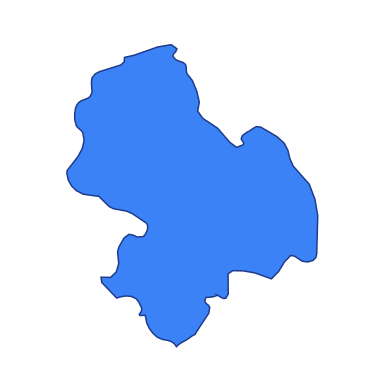 the border of Haute-Savoie, rotated 79°
{"feature_id": "FRA-5302", "entity_name": "Haute-Savoie", "entity_type": "Metropolitan department", "adm_level": 1, "iso_a3": "FRA", "parent_name": "France", "parent_adm1": "", "projection": "robinson", "projection_center": [6.477, 46.07], "detail": "fine", "context": "isolated", "style": "filled", "palette": "blue", "viewbox_px": 384, "rotation_deg": 79, "n_neighbors": 0, "source": "natural_earth", "source_scale": "10m", "svg_char_len": 2055}
<svg xmlns="http://www.w3.org/2000/svg" viewBox="0 0 384 384"><g transform="rotate(79 192 192)"><path d="M340.9,236.8L337.4,238.3L334.7,241.1L332.7,244.8L331.2,249.0L327.8,253.9L322.8,257.6L317.2,260.1L311.9,261.4L305.7,261.4L304.0,261.6L303.8,263.2L303.6,265.3L303.3,266.7L301.8,267.1L300.3,265.1L298.7,264.2L296.5,263.5L289.8,265.3L285.9,267.3L282.8,271.8L281.4,276.9L281.3,282.4L281.7,286.2L263.7,297.8L258.3,297.6L260.3,288.2L255.9,281.5L248.3,277.6L236.6,276.5L232.0,274.2L224.2,267.5L221.5,262.0L223.0,258.2L225.7,254.4L226.5,249.1L225.9,247.5L224.7,246.0L222.0,243.9L219.5,242.5L216.7,242.0L214.1,242.5L201.8,254.8L198.4,259.7L193.3,272.5L190.3,276.2L178.2,284.5L177.9,286.3L173.4,299.2L168.8,305.1L163.0,309.1L156.6,311.2L149.9,311.3L147.0,310.4L135.3,297.0L128.3,291.4L120.6,288.0L112.7,287.9L110.7,288.9L106.9,291.9L104.9,292.9L98.8,293.3L92.9,292.3L87.3,290.2L84.7,288.5L82.6,286.2L81.3,283.2L80.2,276.9L79.0,274.0L75.2,271.1L65.5,269.9L61.0,268.4L57.6,264.5L56.2,259.8L53.7,237.6L51.3,233.7L47.0,232.6L46.7,222.8L43.1,198.2L43.4,184.3L48.5,179.5L51.3,181.3L52.9,183.7L54.9,184.9L58.5,183.1L60.2,181.1L63.3,175.9L65.4,174.2L67.8,173.8L73.1,174.5L75.5,174.2L76.6,173.5L82.6,170.4L93.9,168.1L105.2,167.7L113.6,171.0L121.7,167.4L134.4,154.6L150.3,145.5L156.7,139.7L155.4,132.6L153.7,131.9L149.5,133.6L147.0,132.4L145.9,131.1L143.5,126.0L143.4,124.8L141.1,119.5L140.7,118.3L140.1,116.4L141.4,112.2L146.7,106.1L153.8,98.1L161.8,92.1L169.5,89.9L177.6,89.6L185.7,87.8L206.8,75.4L222.7,72.7L239.2,73.1L276.2,81.3L279.9,82.9L282.2,86.0L282.5,88.8L282.8,91.8L281.0,97.0L274.5,103.6L273.2,107.2L277.9,114.2L286.7,122.3L292.4,130.6L283.6,145.4L279.3,156.4L277.0,167.0L279.2,172.2L299.0,175.9L302.8,179.1L302.5,181.4L300.8,183.8L298.8,185.9L297.7,187.5L298.4,187.2L298.8,190.3L298.9,193.5L298.5,193.8L298.6,196.2L298.1,197.5L298.3,198.4L300.5,199.9L302.8,200.1L304.7,198.9L306.5,197.3L308.6,196.6L314.2,198.7L331.1,215.2L332.3,215.9L333.2,219.1L336.1,225.5L337.9,231.2L339.2,234.3L340.9,236.8Z" fill="#3b82f6" stroke="#1e3a8a" stroke-width="1.5"/></g></svg>